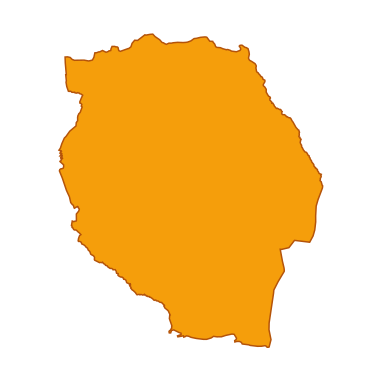 Ningi, Bauchi, Nigeria (Robinson projection), rotated 266°
{"feature_id": "59680162B85522063023223", "entity_name": "Ningi", "entity_type": "district", "adm_level": 2, "iso_a3": "NGA", "parent_name": "Nigeria", "parent_adm1": "Bauchi", "projection": "robinson", "projection_center": [9.239, 11.022], "detail": "fine", "context": "isolated", "style": "filled", "palette": "amber", "viewbox_px": 384, "rotation_deg": 266, "n_neighbors": 0, "source": "geoboundaries", "source_scale": "gbopen_adm2", "svg_char_len": 5924}
<svg xmlns="http://www.w3.org/2000/svg" viewBox="0 0 384 384"><g transform="rotate(266 192 192)"><path d="M189.9,70.3L187.7,71.8L187.0,72.7L184.3,73.3L184.0,73.6L185.5,76.5L185.1,76.8L185.3,77.1L184.8,77.5L184.2,77.5L182.8,78.4L180.9,77.7L178.1,75.1L171.6,74.7L171.1,74.4L171.0,72.8L170.7,72.3L170.7,71.7L171.1,71.3L171.4,70.5L166.9,69.4L166.6,69.9L165.0,69.9L164.8,70.4L162.8,71.4L162.3,72.2L162.2,73.4L161.8,74.2L160.5,75.2L158.9,76.9L157.2,78.2L156.3,76.8L153.7,75.6L151.2,75.0L150.6,75.4L150.6,76.2L150.2,77.2L149.5,78.0L147.9,78.4L146.9,80.3L145.5,81.8L144.4,82.4L143.4,83.7L141.0,84.6L140.3,85.5L139.4,86.0L137.1,86.6L136.2,87.7L135.6,88.8L134.7,89.7L133.6,90.2L131.5,89.9L130.8,90.1L128.0,94.8L128.1,96.1L127.8,97.1L128.2,97.9L126.7,98.8L126.3,99.6L125.7,100.3L124.9,100.6L124.2,102.3L122.7,103.2L122.3,104.0L121.5,104.9L121.3,106.6L120.6,107.6L119.9,107.8L119.9,110.0L117.8,111.0L116.8,110.9L116.2,111.1L115.8,112.6L115.6,112.7L114.3,112.3L113.6,112.7L112.3,114.6L112.0,115.5L112.1,116.1L111.0,117.5L110.4,117.5L109.7,117.8L109.7,118.6L108.5,120.0L106.5,120.4L105.9,120.8L105.0,122.7L104.7,122.9L104.8,124.0L104.0,124.2L103.4,124.1L103.5,123.6L103.4,123.2L102.0,123.7L101.5,124.3L101.0,124.5L100.4,124.2L98.5,125.5L97.7,126.6L95.3,128.8L94.8,128.9L93.3,130.0L93.6,132.1L93.0,132.9L93.4,133.9L92.6,135.8L92.9,136.5L92.6,137.1L93.2,137.4L91.9,139.0L91.4,139.2L91.3,139.6L91.5,139.9L90.8,140.6L90.6,142.3L90.0,142.5L89.7,143.5L88.0,145.5L87.0,146.2L86.6,146.8L86.8,147.5L86.7,148.4L86.2,148.6L85.7,149.5L85.7,150.4L84.2,152.4L83.9,154.1L83.1,154.5L80.9,156.6L80.5,156.6L80.2,156.0L78.0,157.0L75.3,159.9L70.9,161.6L70.8,161.2L67.2,160.6L59.8,162.6L59.0,162.3L57.4,162.2L56.7,161.4L56.1,161.3L54.9,159.6L54.2,159.3L53.0,159.5L52.9,160.9L54.6,161.6L55.3,162.1L55.7,164.2L52.7,169.3L51.9,171.2L50.6,171.2L49.5,167.5L48.5,167.8L49.1,173.5L47.8,173.7L48.3,175.3L48.9,176.4L48.3,178.7L47.1,180.9L45.6,186.1L44.2,193.3L44.0,196.3L45.1,201.0L46.5,203.4L45.8,206.7L45.5,211.2L46.6,215.7L47.5,221.9L47.1,224.1L43.1,226.2L41.7,225.7L40.8,224.2L39.4,224.3L39.8,226.4L39.6,228.9L38.9,230.3L37.9,231.1L36.9,231.5L35.6,237.9L34.9,239.4L33.5,246.7L33.3,250.5L33.6,254.2L33.1,255.2L32.5,255.5L31.9,256.2L31.8,257.2L32.0,258.1L39.2,260.5L49.2,259.2L56.0,259.8L85.4,266.3L88.5,266.8L96.5,271.6L106.3,278.4L107.5,278.6L109.8,278.5L116.5,277.4L128.7,276.0L128.5,277.4L129.7,284.8L136.6,290.9L133.7,305.9L139.7,309.7L145.5,311.8L153.5,313.3L159.7,313.7L169.3,314.9L175.6,317.2L186.9,322.4L189.0,322.8L189.8,322.3L193.2,321.6L194.4,320.5L195.4,320.9L195.8,320.8L196.8,321.0L197.3,321.5L198.7,322.0L199.0,322.0L199.7,321.6L200.6,322.2L201.6,320.1L203.1,319.6L204.5,318.7L204.9,318.6L205.4,318.7L206.1,318.3L207.0,317.1L207.3,316.8L207.6,317.0L208.9,315.7L209.8,315.4L210.3,315.5L211.2,315.2L213.7,313.5L214.6,313.4L216.7,312.2L217.8,312.1L218.5,311.5L220.0,311.3L220.8,310.2L221.8,309.9L223.5,309.0L224.1,307.5L226.3,306.0L228.4,305.2L229.2,304.6L231.2,304.5L231.8,304.0L233.7,303.4L234.2,303.4L234.7,303.7L235.3,303.7L237.0,304.5L237.4,303.9L238.1,303.5L239.0,303.5L239.5,302.7L240.0,302.5L241.3,303.0L243.4,303.0L244.0,303.4L246.3,302.8L246.5,302.3L249.2,300.2L254.6,297.7L256.5,296.5L257.7,296.1L258.7,295.5L259.2,294.9L259.3,294.0L259.9,292.9L260.5,292.2L260.4,291.8L260.7,291.3L261.7,290.9L262.7,289.6L262.8,288.1L263.1,287.4L264.5,286.9L266.0,287.6L266.6,286.8L267.3,286.7L267.8,286.4L268.2,286.0L268.1,285.3L269.6,282.9L269.4,282.3L269.5,282.0L272.1,280.1L273.0,279.9L275.0,278.8L274.9,278.2L275.0,277.8L276.0,277.9L276.9,277.1L277.7,276.7L278.0,276.2L278.6,276.1L279.9,276.2L280.1,276.7L280.8,276.7L281.7,276.1L282.1,275.2L283.1,274.6L286.4,273.0L289.3,273.2L291.7,271.9L292.9,270.7L293.5,270.5L294.5,270.7L296.9,272.4L298.4,272.5L299.6,270.6L300.6,270.5L301.7,270.0L302.3,269.3L302.3,268.8L303.9,268.0L305.3,266.8L306.2,266.4L307.0,265.3L307.8,264.8L311.6,264.4L312.4,264.8L313.8,264.8L315.7,263.8L318.2,260.5L319.3,258.7L320.3,258.1L321.7,257.7L325.4,258.8L327.9,258.6L331.1,257.9L332.3,256.1L332.7,254.8L335.0,252.1L335.0,250.2L334.4,249.4L333.7,249.4L332.9,250.2L331.1,250.6L329.9,249.8L328.8,246.1L329.8,241.2L330.6,240.1L331.5,238.0L331.7,237.0L331.5,236.3L332.8,232.7L334.0,230.4L334.5,227.0L335.0,226.1L335.8,225.6L337.9,225.0L340.1,223.4L340.8,223.2L341.2,220.2L345.2,217.7L345.6,216.9L345.8,215.7L345.7,211.2L345.0,207.2L344.9,204.8L342.8,201.4L341.8,197.9L341.7,196.3L341.7,193.6L342.3,188.0L342.2,183.6L341.9,181.9L342.1,179.4L341.1,176.7L342.1,174.8L342.7,174.2L343.3,172.5L346.1,170.4L349.6,166.0L352.2,163.9L352.2,161.2L351.7,157.0L352.1,156.0L347.0,148.3L347.4,145.4L344.5,142.6L341.1,141.2L339.5,138.9L339.6,138.5L337.3,130.3L338.2,128.8L341.3,128.3L342.0,127.4L342.1,126.0L342.6,125.2L342.8,122.4L340.5,121.2L338.8,120.8L338.5,118.8L337.9,118.0L337.4,116.0L339.4,112.6L338.2,109.6L338.3,108.8L337.6,106.5L337.6,104.8L333.4,103.6L330.6,101.9L330.3,100.5L329.9,98.1L331.1,93.4L331.6,83.8L332.7,81.6L334.7,79.9L335.5,77.3L335.5,74.8L329.5,74.6L317.8,74.8L317.8,74.2L311.7,74.4L310.3,74.0L306.0,74.4L301.2,75.7L301.2,76.1L300.9,76.4L301.0,77.8L300.6,78.5L300.0,78.9L299.7,80.2L299.7,81.9L299.1,82.1L298.9,82.8L298.7,83.9L299.1,85.0L298.8,85.2L298.5,86.5L297.8,87.0L297.5,88.1L296.2,89.7L293.5,88.2L289.6,86.3L288.4,86.5L288.4,87.1L287.9,87.4L287.4,88.0L286.9,88.2L285.4,87.5L284.9,88.1L284.4,88.3L279.2,86.0L277.8,84.4L277.3,84.3L276.3,83.6L274.6,83.1L271.1,82.9L269.3,81.4L266.0,80.9L261.2,74.3L256.2,70.2L254.7,68.4L249.2,65.5L244.8,63.7L243.0,62.2L242.5,63.1L242.3,64.3L241.8,64.6L241.2,63.8L240.0,63.0L239.7,63.8L239.8,64.4L239.2,64.8L238.7,63.9L237.4,63.0L237.7,64.5L237.5,65.0L237.0,65.1L236.6,64.7L236.1,63.8L235.5,63.4L234.9,63.5L235.2,64.6L235.0,65.1L234.5,65.2L233.6,63.9L233.0,63.6L232.5,63.6L232.1,63.3L232.0,62.6L231.6,62.4L228.1,65.8L226.0,65.7L224.8,65.2L224.4,64.2L224.2,62.6L223.6,61.7L222.3,61.2L215.0,63.6L202.3,66.9L195.7,69.4L189.9,70.3Z" fill="#f59e0b" stroke="#b45309" stroke-width="1.5"/></g></svg>